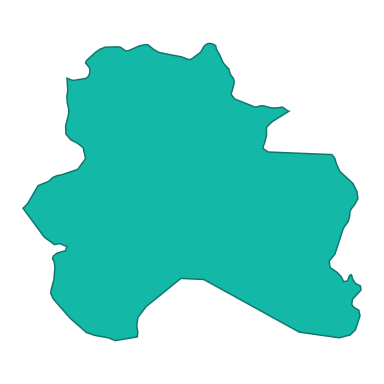 the Province of North Khorasan
{"feature_id": "IRN-3246", "entity_name": "North Khorasan", "entity_type": "Province", "adm_level": 1, "iso_a3": "IRN", "parent_name": "Iran", "parent_adm1": "", "projection": "albers", "projection_center": [57.06, 37.45], "detail": "fine", "context": "isolated", "style": "filled", "palette": "teal", "viewbox_px": 384, "rotation_deg": 0, "n_neighbors": 0, "source": "natural_earth", "source_scale": "10m", "svg_char_len": 1876}
<svg xmlns="http://www.w3.org/2000/svg" viewBox="0 0 384 384"><path d="M209.5,43.4L211.0,43.6L214.0,44.6L215.6,45.7L216.0,46.8L216.1,48.2L216.7,49.7L219.9,55.3L222.5,61.5L224.1,64.0L228.8,69.0L230.4,74.4L233.5,78.7L234.2,81.8L233.8,84.8L231.1,94.3L234.7,99.0L255.1,107.1L257.3,106.8L259.5,106.1L261.9,105.7L264.3,106.0L271.5,108.0L278.4,107.8L280.6,107.3L282.7,107.3L284.6,108.5L286.4,110.0L288.2,111.1L288.9,111.2L271.8,121.9L266.5,127.4L266.5,135.3L264.9,141.9L262.7,148.2L268.1,152.0L331.9,154.6L334.6,157.9L336.5,164.0L339.8,171.4L352.9,183.4L356.9,191.4L357.9,198.6L354.8,204.4L351.1,209.1L349.8,212.2L349.7,215.8L348.4,221.1L343.3,228.4L335.0,253.9L329.2,261.2L330.0,267.4L337.0,272.3L341.1,276.6L343.7,281.6L347.5,281.0L349.5,275.5L351.4,274.7L352.7,279.3L355.6,283.6L360.4,285.9L361.0,290.0L352.5,299.3L351.7,304.4L353.6,307.2L358.8,310.2L360.0,315.8L355.4,329.9L350.1,335.0L339.2,337.8L299.2,332.1L203.8,279.5L180.9,278.4L146.2,306.5L137.9,317.5L136.7,325.7L137.8,332.1L137.3,336.9L115.3,340.6L108.2,337.8L94.5,335.3L86.4,332.5L70.2,318.3L53.3,299.0L50.7,293.3L51.2,289.7L54.0,279.0L54.9,266.8L54.2,262.0L53.4,260.1L52.4,258.7L53.4,256.0L57.1,253.1L65.5,250.7L67.0,246.6L60.0,243.6L54.4,244.5L44.3,237.2L23.0,208.2L27.4,204.0L38.1,185.6L48.5,181.4L52.8,177.5L57.2,175.6L61.0,175.0L77.7,169.4L85.6,158.6L83.1,147.6L77.3,143.1L70.6,139.7L65.9,133.9L65.6,125.8L68.6,114.2L68.8,109.9L67.2,102.4L66.9,95.8L67.8,90.8L67.0,78.2L71.4,80.0L73.7,80.4L85.8,78.4L88.0,76.8L89.5,74.0L90.0,70.7L89.4,67.5L85.5,63.1L86.5,60.6L95.4,52.4L100.2,49.1L105.3,47.2L118.3,46.8L120.7,47.4L122.6,48.7L124.4,50.1L126.3,51.0L128.6,50.6L139.9,45.7L146.7,44.5L148.0,44.8L153.5,49.3L158.3,52.1L160.5,52.8L181.8,56.9L187.4,59.2L190.2,59.6L192.8,58.2L194.8,56.5L199.3,53.4L201.0,51.6L203.8,46.6L204.3,46.2L205.5,44.8L207.9,43.6L209.5,43.4Z" fill="#14b8a6" stroke="#0f766e" stroke-width="1.5"/></svg>